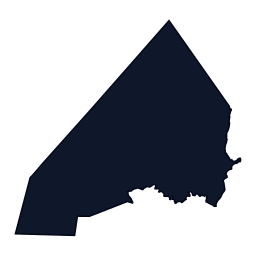 Magarini, Coast, Kenya
{"feature_id": "3690345B44163293085628", "entity_name": "Magarini", "entity_type": "district", "adm_level": 2, "iso_a3": "KEN", "parent_name": "Kenya", "parent_adm1": "Coast", "projection": "orthographic", "projection_center": [39.973, -2.829], "detail": "fine", "context": "isolated", "style": "filled", "palette": "ink", "viewbox_px": 256, "rotation_deg": 0, "n_neighbors": 0, "source": "geoboundaries", "source_scale": "gbopen_adm2", "svg_char_len": 5855}
<svg xmlns="http://www.w3.org/2000/svg" viewBox="0 0 256 256"><path d="M132.5,203.0L132.7,202.5L132.6,201.9L132.1,201.2L131.9,200.5L131.6,200.2L131.3,199.3L130.4,197.7L129.7,197.2L128.8,196.0L128.5,195.7L128.2,195.1L127.9,192.9L127.3,191.9L127.3,191.7L127.7,191.5L128.0,191.7L128.3,191.7L128.7,191.2L129.3,191.0L129.7,191.2L129.9,191.0L130.7,191.0L130.9,190.8L131.3,190.9L131.5,190.9L131.9,190.4L132.4,189.9L132.8,189.3L133.1,189.6L133.3,189.5L134.0,188.9L134.4,188.7L135.0,188.5L135.4,188.7L135.9,188.6L136.5,188.1L137.0,187.9L137.5,187.9L138.2,188.1L138.7,188.2L140.5,188.9L141.4,189.1L142.3,189.6L142.5,189.6L142.8,189.5L143.0,189.3L143.2,189.2L143.8,188.1L144.2,187.9L144.8,187.9L145.1,187.7L146.2,186.9L146.6,186.7L147.1,186.6L147.6,186.5L149.3,187.0L149.7,187.0L151.2,186.2L151.5,185.9L151.9,185.7L152.4,185.2L153.2,184.7L153.5,184.6L154.1,184.6L154.7,184.6L155.3,184.8L156.5,185.8L156.4,186.0L156.1,186.1L155.7,186.4L155.6,186.6L155.5,187.2L155.0,188.0L154.9,188.4L155.1,188.8L155.9,188.8L156.4,188.9L157.7,188.7L158.5,188.7L158.8,188.8L159.0,188.9L159.2,189.2L159.3,189.7L159.3,190.5L158.8,191.6L158.7,191.8L158.9,192.0L159.2,192.0L159.5,192.0L159.7,191.8L160.5,191.6L161.0,191.4L161.6,191.4L162.0,191.5L162.6,192.3L163.7,193.3L164.1,193.9L164.2,194.3L164.1,194.7L163.9,195.5L163.9,195.9L164.0,196.1L164.4,196.3L165.0,196.3L167.2,196.3L168.3,196.4L168.6,196.6L169.2,197.0L169.7,197.6L169.8,197.8L169.8,198.0L169.6,198.6L169.6,198.9L169.7,199.3L169.9,199.5L170.5,199.5L171.0,199.2L171.0,197.5L171.1,197.3L171.3,197.0L172.0,196.8L172.4,196.9L172.6,196.9L172.9,197.3L173.0,197.5L172.9,198.1L172.4,198.8L172.4,199.1L172.5,199.3L173.8,199.5L174.4,199.9L174.5,200.0L174.7,200.3L174.7,200.6L174.4,201.2L174.5,201.5L174.7,202.0L175.2,202.6L175.2,203.1L175.3,203.3L175.7,203.2L176.1,203.1L176.4,202.8L176.8,202.3L177.2,202.0L177.8,201.6L178.2,201.6L178.9,201.6L180.1,201.4L180.7,201.4L180.9,201.5L181.0,201.6L181.4,202.4L181.6,202.5L181.8,202.5L182.6,202.1L183.1,201.5L183.9,201.0L184.2,200.6L184.4,200.2L184.5,200.0L184.9,199.9L185.5,199.8L186.0,199.5L186.2,199.4L186.3,199.2L186.1,199.0L185.7,198.9L185.5,198.6L185.3,198.4L185.3,198.0L185.4,197.7L185.6,197.6L186.2,197.2L186.7,196.6L187.3,195.8L187.7,195.3L187.9,195.3L188.1,195.3L188.2,195.5L188.2,195.9L188.2,196.1L188.5,196.2L188.9,196.1L189.4,196.2L189.8,196.1L190.0,195.8L190.0,195.6L189.7,194.4L189.5,194.0L188.8,193.4L188.5,193.0L188.4,192.8L188.4,192.4L188.5,192.2L189.0,192.3L189.3,192.2L190.0,191.8L190.2,191.6L190.5,191.5L191.3,191.9L191.8,192.5L192.3,193.4L192.7,195.1L192.8,195.2L193.0,195.3L194.3,195.5L194.9,195.4L195.1,195.4L195.2,195.2L195.4,194.9L195.2,194.1L195.3,194.0L195.4,193.9L196.2,194.0L197.0,193.8L197.3,193.7L197.5,193.8L198.1,194.5L198.8,195.2L199.4,196.0L199.5,196.1L200.2,196.2L200.4,196.1L200.8,195.6L201.2,195.4L201.4,195.3L202.4,195.5L203.4,195.3L203.8,195.4L204.2,195.6L204.3,195.7L204.2,196.2L204.4,196.3L205.1,195.7L205.5,195.5L205.8,195.5L206.1,195.6L207.1,196.6L206.9,196.8L206.7,197.1L206.7,197.3L206.5,197.6L206.7,197.8L206.7,198.4L206.7,198.6L206.4,199.2L206.4,199.7L206.0,200.5L206.5,201.2L206.1,201.8L206.6,202.0L206.9,202.0L209.0,203.3L209.9,203.7L211.1,204.4L211.5,204.5L212.2,204.8L212.8,205.0L213.0,205.1L213.3,205.5L213.8,206.1L214.6,206.3L214.8,206.4L216.1,206.2L216.0,205.6L216.0,204.5L216.3,203.4L217.0,201.9L217.4,201.2L218.5,199.6L219.1,199.1L219.7,198.3L220.0,198.1L220.0,197.6L220.3,197.7L220.9,196.7L222.1,194.1L222.8,192.9L223.2,192.3L223.8,191.7L224.0,191.3L224.7,190.4L224.7,190.2L224.8,189.5L224.8,188.8L224.6,188.1L224.5,187.1L224.3,185.4L224.0,184.3L223.9,183.0L223.7,182.3L223.3,181.5L223.2,181.2L223.3,181.0L223.5,180.0L224.2,179.1L225.3,178.3L226.4,177.7L226.8,177.6L227.0,177.4L227.1,177.2L227.1,176.9L227.0,176.5L227.0,176.1L226.3,175.1L226.2,174.7L226.1,174.2L226.1,173.7L226.2,173.3L226.4,172.7L226.8,171.8L227.0,171.5L227.6,170.9L228.6,170.1L229.6,169.5L230.7,169.2L231.2,169.2L231.4,169.1L231.5,169.0L231.5,168.5L231.7,168.2L231.5,167.4L231.7,166.6L232.0,165.9L232.3,165.4L232.8,164.9L233.3,164.4L234.2,163.8L235.4,163.4L235.8,163.3L236.4,163.3L236.7,163.3L236.9,163.1L237.3,162.9L237.9,162.5L238.6,161.5L238.9,161.2L239.1,161.1L239.3,161.2L239.6,161.5L239.8,161.8L240.0,161.8L240.1,161.6L240.5,161.0L240.6,160.3L240.6,159.6L240.5,159.2L240.5,158.6L240.4,158.4L240.2,158.2L239.9,158.2L239.7,158.4L239.2,158.4L238.7,158.5L238.3,158.8L238.2,158.9L238.1,159.3L237.8,159.3L237.5,159.5L237.2,160.0L236.9,160.3L235.8,161.0L235.4,161.1L235.2,161.3L234.1,161.3L233.7,161.4L233.3,161.2L232.8,161.0L232.6,160.9L232.3,160.8L232.1,160.7L231.8,159.8L231.6,159.9L231.2,160.0L230.9,160.0L230.3,160.0L230.1,159.8L230.0,159.7L229.6,158.5L229.3,158.0L228.4,156.8L228.0,156.1L227.1,154.9L226.6,153.8L226.5,153.7L226.2,153.2L225.7,153.3L225.5,153.1L225.2,152.7L225.1,151.3L225.3,150.7L225.0,149.9L225.0,149.5L225.0,147.4L225.5,144.8L226.2,142.9L226.4,142.5L226.5,142.2L226.4,141.8L226.4,141.5L226.6,141.1L227.0,139.4L226.9,138.9L226.6,138.2L226.3,138.1L226.2,137.9L226.4,137.1L226.6,137.0L226.7,136.7L226.6,136.2L226.2,135.8L226.5,135.5L226.7,135.0L226.7,134.8L226.5,133.9L226.5,133.7L226.7,132.9L227.5,131.4L227.6,131.0L227.9,130.5L228.2,129.7L228.6,128.6L229.1,126.5L229.3,125.4L229.5,122.6L229.2,122.1L229.0,121.8L229.7,117.0L229.7,116.7L229.3,116.5L229.2,116.5L229.1,116.3L229.2,116.0L228.8,116.1L228.7,115.9L229.1,115.6L229.4,115.1L229.6,114.5L229.8,114.0L229.9,113.8L229.9,113.6L230.2,112.8L230.5,111.6L231.3,109.9L231.2,109.3L231.1,109.2L230.7,109.1L230.2,108.6L229.8,108.4L229.8,108.8L229.7,109.0L229.6,108.5L229.6,108.1L229.4,107.8L229.4,106.9L229.3,106.7L229.1,106.5L229.0,106.3L228.6,105.6L228.8,105.6L228.1,104.6L169.0,20.6L133.9,60.6L89.3,111.3L42.7,163.4L36.5,170.7L32.2,175.6L30.3,177.5L30.1,177.8L29.9,178.7L15.4,233.8L74.6,235.4L77.4,216.2L89.4,216.3L127.3,201.5L132.5,203.0Z" fill="#0f172a" stroke="#020617" stroke-width="1.5"/></svg>